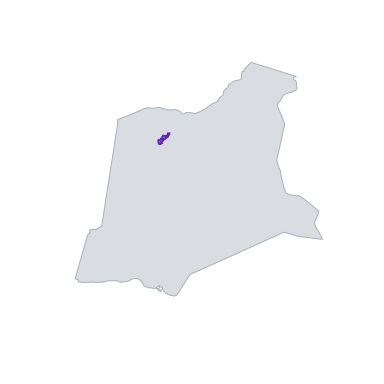 Kesses, Rift Valley, Kenya shown in context, rotated 66°
{"feature_id": "3690345B57454670869281", "entity_name": "Kesses", "entity_type": "district", "adm_level": 2, "iso_a3": "KEN", "parent_name": "Kenya", "parent_adm1": "Rift Valley", "projection": "natural_earth1", "projection_center": [35.384, 0.259], "detail": "fine", "context": "in_parent", "style": "filled", "palette": "violet", "viewbox_px": 384, "rotation_deg": 66, "n_neighbors": 0, "source": "geoboundaries", "source_scale": "gbopen_adm2", "svg_char_len": 5109}
<svg xmlns="http://www.w3.org/2000/svg" viewBox="0 0 384 384"><g transform="rotate(66 192 192)"><path d="M95.8,231.1L95.8,226.4L96.4,214.3L96.3,203.6L96.8,198.3L99.1,194.9L100.1,192.5L100.9,189.1L102.1,186.3L104.8,184.0L105.2,182.8L108.1,179.0L109.8,174.1L111.1,172.4L112.7,170.9L113.8,170.1L115.7,169.3L117.2,168.8L117.4,168.4L117.6,167.6L117.1,164.6L117.7,163.6L118.7,161.6L119.9,159.7L120.9,158.5L121.5,157.3L121.7,155.2L121.8,153.7L121.8,151.2L121.4,145.6L120.2,140.9L119.5,135.7L120.0,134.0L119.1,130.9L118.6,130.7L117.8,130.1L116.8,127.2L116.1,124.5L115.6,123.9L112.4,121.6L110.8,116.1L109.0,114.9L108.0,109.5L107.8,107.9L108.9,102.5L108.8,101.3L107.7,100.2L104.6,99.0L102.2,96.8L102.5,96.0L102.7,95.2L101.4,94.6L97.6,85.4L102.5,79.8L107.4,74.2L113.6,67.1L119.4,60.6L124.3,54.9L128.8,49.9L128.7,50.9L128.7,52.1L129.2,52.9L130.1,53.5L131.4,52.9L132.5,52.1L133.6,51.9L140.3,54.0L141.4,55.9L141.3,57.8L141.6,59.3L141.1,60.7L140.5,65.0L140.7,69.0L142.7,71.9L144.5,74.2L145.9,77.5L146.9,78.5L148.4,79.0L153.0,79.1L159.7,79.3L166.3,79.5L166.8,79.6L168.2,80.1L174.2,84.4L179.7,88.5L184.4,91.9L188.9,95.3L193.3,98.6L196.7,101.3L200.1,102.2L205.5,102.6L209.3,102.7L212.8,103.9L218.0,104.9L221.8,105.5L224.2,106.1L230.7,106.7L231.7,106.4L234.6,103.3L237.8,98.4L239.0,95.7L243.2,93.0L250.4,89.2L255.6,86.6L261.3,83.9L263.8,86.2L267.4,89.9L269.0,91.8L270.3,92.6L272.2,93.1L274.6,93.1L275.9,93.0L278.5,92.6L284.7,92.1L288.2,92.2L285.3,97.1L281.7,103.0L275.2,113.8L270.2,119.5L266.5,123.9L266.1,124.6L266.1,129.4L266.2,141.2L266.3,164.7L266.4,188.2L266.5,211.7L266.5,223.5L266.5,227.4L269.8,232.4L273.0,237.2L277.3,243.6L279.6,247.0L280.0,248.2L279.9,250.5L276.3,255.3L273.4,257.4L269.6,258.5L268.4,258.3L266.9,257.6L266.3,258.7L265.8,260.5L265.0,260.2L264.3,259.6L264.7,262.8L265.1,264.4L264.5,266.5L262.7,268.4L262.5,269.9L258.4,274.0L252.6,274.5L249.6,276.5L248.2,278.2L247.2,281.8L247.6,287.4L245.9,291.7L245.6,293.9L242.6,296.7L241.3,299.2L240.3,301.8L239.5,303.0L238.5,308.8L237.1,312.4L236.7,313.5L236.4,314.6L235.3,316.7L234.6,318.1L234.1,319.0L230.5,328.1L227.8,332.2L225.6,331.8L224.2,333.4L224.0,334.1L223.3,333.7L221.5,332.2L217.8,329.1L214.1,326.0L210.4,322.9L206.7,319.8L203.0,316.8L199.3,313.7L195.6,310.6L191.9,307.5L189.7,305.7L188.8,304.6L188.0,302.5L187.7,302.0L186.7,301.3L185.5,301.1L185.2,300.7L185.2,299.7L185.6,298.2L187.0,295.4L187.1,293.7L186.8,291.9L186.4,288.8L186.0,288.1L183.6,286.6L178.5,283.2L173.3,279.9L168.2,276.6L163.0,273.3L157.9,270.0L152.8,266.6L147.6,263.3L142.5,260.0L137.3,256.7L132.2,253.4L127.1,250.0L121.9,246.7L116.8,243.4L111.6,240.1L106.5,236.7L101.4,233.4L99.4,232.2L97.7,231.1L95.8,231.1ZM266.9,263.4L266.0,263.6L266.4,262.0L269.1,260.0L270.1,260.4L270.4,260.9L270.3,261.3L269.8,261.8L266.9,263.4Z" fill="#d9dde1" stroke="#a8b0b8" stroke-width="1"/><path d="M129.2,189.0L129.0,189.3L128.9,189.1L128.8,189.4L128.4,190.3L128.6,190.4L128.7,190.2L129.0,190.3L129.2,190.6L129.4,190.8L129.4,190.6L129.5,190.5L130.0,190.7L129.8,191.1L130.0,191.6L130.0,192.2L130.2,192.3L130.3,192.3L130.4,192.2L130.5,192.2L130.4,192.4L130.3,192.5L130.5,192.6L130.7,192.8L130.6,193.0L130.5,193.4L130.5,193.5L130.4,193.5L130.2,193.6L130.0,193.4L129.9,193.3L129.9,193.2L129.7,193.8L129.6,194.1L129.5,194.4L129.3,194.4L129.2,194.6L129.1,195.0L128.9,195.2L128.7,195.2L128.7,195.3L128.6,195.5L128.9,196.0L129.0,196.1L129.3,196.7L129.4,196.8L129.5,196.9L129.7,197.0L129.8,197.0L130.0,196.8L130.3,197.0L130.5,197.3L130.9,197.2L130.9,197.3L131.0,197.5L131.1,197.8L130.8,197.8L130.7,197.8L130.7,197.7L130.7,197.8L130.5,197.7L130.5,197.8L130.6,198.4L130.4,198.7L130.4,199.0L130.8,199.4L130.9,199.5L131.0,199.5L131.3,199.6L131.3,199.8L131.5,199.9L131.6,200.0L131.5,200.4L131.5,200.5L131.4,200.7L131.3,201.1L131.2,201.1L131.0,201.3L130.9,201.3L130.7,201.3L130.7,201.5L131.2,202.0L131.3,202.0L131.7,202.1L132.0,202.4L132.5,202.4L132.8,202.4L133.5,202.4L133.7,202.6L133.3,202.8L133.5,202.8L133.9,202.7L134.2,202.7L134.3,202.8L134.5,202.9L134.8,202.7L135.0,202.1L135.4,202.0L135.5,201.6L135.3,201.5L135.3,201.4L135.5,201.2L135.3,200.9L135.3,200.7L135.4,200.4L135.4,200.2L135.3,200.3L135.2,200.3L135.0,200.2L134.9,200.1L134.9,199.8L134.9,199.7L134.6,199.9L134.5,200.0L133.9,200.1L133.7,200.0L133.8,199.9L133.5,199.8L133.4,199.4L133.5,199.4L133.6,199.0L133.8,198.7L133.7,198.5L133.7,198.3L133.7,198.2L133.6,197.9L133.6,197.7L133.4,197.5L133.3,197.4L133.2,197.4L133.1,197.2L132.6,197.4L132.6,197.2L132.4,197.0L132.5,197.0L132.8,196.9L132.8,196.7L132.7,196.7L132.6,196.4L132.5,196.2L132.4,196.0L132.3,195.9L132.6,195.5L132.8,195.7L132.9,195.3L132.9,195.2L132.7,195.0L132.7,194.9L132.6,194.7L132.4,194.4L132.2,194.3L132.1,194.1L132.1,193.9L132.3,193.3L131.9,193.0L132.0,192.8L131.9,192.7L132.0,192.1L131.7,192.1L131.8,191.6L131.8,191.3L131.7,191.3L131.5,191.2L131.4,191.2L131.2,191.0L131.2,190.9L131.1,190.7L130.9,190.6L130.9,190.4L130.8,190.2L130.7,189.9L130.4,189.8L130.3,189.7L130.3,189.8L130.2,189.8L130.2,189.7L129.9,189.6L129.9,189.4L129.8,189.5L129.8,189.4L129.7,189.4L129.6,189.2L129.4,189.2L129.4,189.3L129.4,189.2L129.2,189.0L129.2,189.0Z" fill="#8b5cf6" stroke="#5b21b6" stroke-width="1.5"/></g></svg>